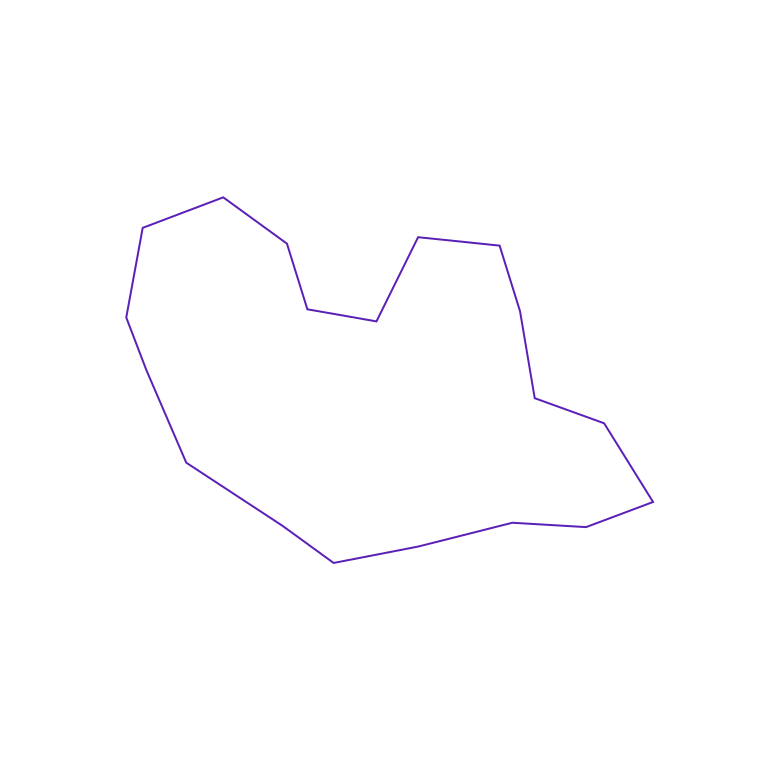 an SVG outline of Novo Brdo, rotated 216°
{"feature_id": "KOS-5906", "entity_name": "Novo Brdo", "entity_type": "District", "adm_level": 1, "iso_a3": "XKX", "parent_name": "Kosovo", "parent_adm1": "", "projection": "equal_earth", "projection_center": [21.392, 42.572], "detail": "fine", "context": "isolated", "style": "outline", "palette": "violet", "viewbox_px": 768, "rotation_deg": 216, "n_neighbors": 0, "source": "natural_earth", "source_scale": "10m", "svg_char_len": 405}
<svg xmlns="http://www.w3.org/2000/svg" viewBox="0 0 768 768"><g transform="rotate(216 384 384)"><path d="M545.0,440.5L489.9,399.4L426.9,430.2L442.7,522.8L371.8,563.9L316.7,522.8L253.7,461.1L182.8,481.6L97.0,446.7L136.4,387.0L198.6,347.2L260.8,272.6L319.6,209.6L383.0,209.6L497.7,204.1L584.3,255.5L631.6,286.3L671.0,368.5L623.8,440.5L545.0,440.5Z" fill="none" stroke="#5b21b6" stroke-width="2"/></g></svg>